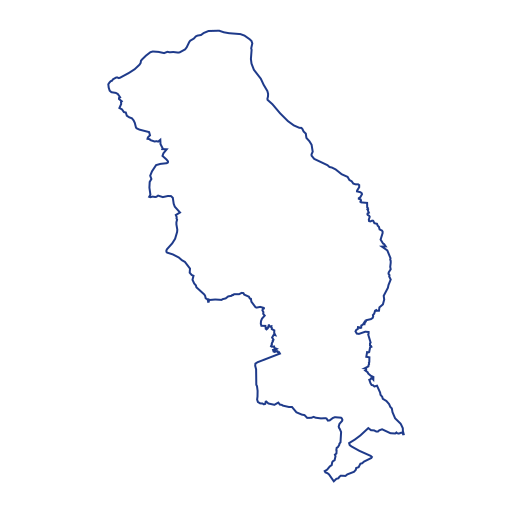 Salatrucel, Vâlcea, Romania
{"feature_id": "2599482B70636070547294", "entity_name": "Salatrucel", "entity_type": "district", "adm_level": 2, "iso_a3": "ROU", "parent_name": "Romania", "parent_adm1": "Vâlcea", "projection": "natural_earth1", "projection_center": [24.379, 45.274], "detail": "fine", "context": "isolated", "style": "outline", "palette": "blue", "viewbox_px": 512, "rotation_deg": 0, "n_neighbors": 0, "source": "geoboundaries", "source_scale": "gbopen_adm2", "svg_char_len": 6064}
<svg xmlns="http://www.w3.org/2000/svg" viewBox="0 0 512 512"><path d="M403.7,434.2L402.9,431.0L402.8,428.2L401.2,424.8L400.6,423.7L395.1,418.3L392.5,412.2L391.8,408.4L390.3,406.9L389.1,404.1L386.4,401.0L382.8,398.8L382.2,396.8L380.5,394.8L380.1,392.5L377.0,385.7L374.4,386.5L373.1,385.3L371.6,385.0L370.5,383.2L369.3,379.8L370.6,379.3L371.0,378.3L371.9,378.0L373.3,379.6L373.4,377.0L370.7,375.7L368.2,373.5L367.7,372.3L365.3,370.5L366.1,370.1L366.2,369.1L365.6,368.4L364.7,368.3L368.4,366.4L368.5,365.2L369.1,364.1L368.9,362.7L369.3,362.1L369.4,357.3L366.3,356.8L367.1,352.1L368.7,352.4L369.2,352.0L370.1,347.4L371.4,346.8L371.0,346.0L370.0,345.4L370.0,343.3L370.6,342.6L368.2,334.5L368.6,333.8L368.6,332.0L365.3,331.7L358.9,333.9L356.8,333.6L355.5,331.4L356.2,330.0L357.8,329.0L358.0,327.1L359.0,327.2L360.0,328.0L361.2,327.7L361.3,325.5L362.8,324.7L363.9,323.0L363.9,323.8L364.5,324.1L365.0,322.2L365.8,321.6L366.2,320.2L371.0,319.1L372.7,317.9L373.2,316.4L372.9,315.1L374.2,313.7L375.1,310.7L377.0,309.6L376.0,310.8L379.0,310.7L379.4,307.4L382.9,304.4L384.2,299.6L383.7,295.8L387.9,287.8L388.5,285.0L390.7,279.5L389.2,276.5L389.5,275.1L388.5,273.8L388.7,272.4L390.7,269.2L390.2,266.9L390.7,262.9L390.7,260.8L390.2,259.7L390.5,258.2L387.3,250.4L381.9,246.6L385.7,246.4L384.1,244.1L383.1,243.6L380.6,239.6L382.6,233.1L382.6,231.6L382.0,230.6L379.6,229.4L378.9,226.8L377.7,225.7L377.0,223.8L374.4,223.2L373.2,220.8L372.2,220.6L370.4,221.4L369.1,221.1L368.8,219.7L369.7,216.8L369.2,215.8L367.7,214.9L367.4,214.2L367.6,213.4L368.9,212.7L367.9,210.6L368.1,209.7L367.4,209.3L368.0,208.2L367.2,207.4L367.1,202.9L361.2,202.4L360.4,201.8L361.0,200.6L360.7,199.5L358.8,198.8L358.8,198.2L360.3,197.2L362.0,194.2L361.7,193.2L360.4,192.2L357.0,191.4L357.1,190.5L359.2,187.2L359.2,185.1L358.1,184.3L355.5,184.3L353.3,183.6L351.7,181.3L349.4,180.0L347.6,176.9L341.6,174.2L335.6,169.4L331.8,167.5L329.5,167.0L327.5,165.2L314.2,158.9L311.6,155.7L311.5,154.4L312.7,151.7L311.6,144.8L309.4,141.2L306.4,137.9L305.8,133.6L303.6,131.5L302.4,129.0L301.4,127.9L299.3,127.8L293.8,125.4L287.9,121.1L280.0,113.2L272.4,104.2L267.6,99.9L267.4,98.9L268.0,96.4L268.1,93.9L267.4,91.1L263.6,84.7L260.8,78.7L253.9,69.8L251.5,63.6L250.9,59.0L251.6,49.8L251.2,48.3L252.3,43.4L251.5,41.0L249.6,39.2L244.5,35.6L240.4,34.1L229.0,33.2L223.9,32.3L219.1,30.7L208.5,31.0L203.7,33.0L201.0,35.0L197.5,35.6L195.8,36.4L193.8,38.6L190.2,40.7L189.2,42.1L186.7,47.3L185.1,49.4L179.6,52.4L178.1,52.6L173.3,52.0L169.7,52.3L167.4,51.8L164.1,53.1L158.5,51.9L152.8,51.5L150.4,52.2L146.0,55.6L142.2,59.3L141.0,60.7L140.6,63.0L139.5,64.7L134.7,69.2L129.3,72.7L120.1,77.7L118.8,78.1L117.1,77.4L116.0,77.6L113.0,79.3L111.9,80.8L110.7,81.2L109.4,82.6L108.3,84.3L108.7,87.6L109.7,90.7L111.4,92.2L115.8,92.9L117.8,94.0L120.1,97.3L119.0,98.0L119.0,99.0L121.8,101.3L121.0,102.1L121.2,104.0L119.4,108.0L122.0,109.4L123.9,112.1L125.8,112.5L126.8,115.7L129.2,117.3L131.9,118.3L133.6,120.4L134.8,122.9L136.0,127.6L136.8,128.4L139.4,129.6L149.1,132.1L150.0,135.3L147.9,137.4L147.5,138.8L149.7,139.2L150.4,140.1L154.6,141.5L156.5,141.2L158.2,141.6L160.3,139.8L160.5,144.1L162.6,148.2L162.3,149.1L166.7,149.3L163.4,153.3L162.5,155.9L166.6,159.6L168.0,161.4L167.9,162.5L166.7,163.2L160.4,163.9L156.1,165.1L152.0,171.3L150.2,175.7L151.4,179.0L149.7,181.9L149.4,187.6L150.4,194.7L149.2,196.8L150.3,197.2L152.6,196.6L155.2,197.0L156.4,196.8L158.1,195.6L162.8,197.1L167.9,196.0L171.0,196.1L172.8,197.8L173.7,203.8L174.8,206.7L180.0,212.5L175.8,215.0L176.7,217.1L176.5,218.5L177.1,219.6L176.4,222.2L176.4,224.4L177.3,229.7L177.1,232.0L175.1,238.8L172.2,243.4L167.0,249.2L166.4,250.4L166.4,251.8L167.1,252.6L172.8,254.4L178.8,257.5L181.9,260.2L184.9,261.9L190.0,268.6L189.7,272.7L191.7,275.0L193.5,275.8L192.5,279.8L194.2,283.5L195.9,285.4L196.4,287.3L204.3,294.5L205.1,295.8L205.7,298.3L207.6,299.4L208.2,301.8L208.8,301.6L208.3,299.7L208.7,299.4L209.4,300.0L215.3,299.5L221.6,299.9L222.5,299.2L225.7,298.4L228.2,296.4L231.6,295.8L232.3,294.9L233.2,295.0L234.1,294.2L239.1,294.2L241.6,292.9L243.4,293.1L244.2,294.6L248.9,296.7L249.8,298.5L250.9,298.8L251.4,301.7L255.5,307.2L256.6,307.6L260.2,306.9L263.8,307.9L263.9,308.5L262.8,309.1L262.4,310.3L263.4,312.1L263.2,313.8L264.7,315.6L262.0,318.6L261.0,321.1L260.8,323.8L261.4,325.8L265.4,325.9L265.5,327.1L266.1,327.7L265.7,328.7L266.5,329.4L267.8,328.3L268.2,326.8L268.8,326.4L268.6,325.7L268.9,324.5L269.4,326.6L271.4,326.2L271.3,327.4L271.8,327.8L271.8,329.1L274.3,330.4L274.2,333.0L275.3,335.2L273.7,334.8L272.1,337.5L273.5,339.8L272.7,340.7L272.9,341.6L272.2,342.4L271.7,343.9L271.9,344.4L271.0,346.2L271.7,346.7L274.1,346.5L274.3,347.9L276.8,348.9L275.3,349.9L273.1,350.0L273.5,351.3L275.1,351.1L273.6,352.1L277.5,351.2L277.9,352.2L279.1,352.2L279.9,353.6L257.6,362.2L255.4,363.6L255.2,365.8L256.1,369.3L256.3,384.8L257.0,386.2L257.6,390.9L257.5,396.6L257.1,399.5L257.9,402.0L260.2,403.4L262.5,403.5L263.8,404.3L265.2,403.9L265.7,401.7L266.2,401.5L268.4,403.5L274.4,404.8L278.3,402.6L279.9,404.6L281.8,404.9L282.8,405.6L288.9,407.0L292.0,407.0L296.4,412.3L301.8,414.6L304.5,415.1L307.2,417.9L311.3,417.8L313.6,416.9L315.6,417.7L320.9,418.4L325.4,418.2L326.5,418.5L327.9,420.6L329.7,420.4L332.8,418.0L334.9,417.2L341.0,417.7L341.8,418.4L342.4,419.9L342.1,420.9L339.5,423.8L338.7,426.5L339.0,427.8L339.7,428.8L341.1,432.0L340.5,442.3L339.4,443.7L339.3,444.8L337.9,447.1L336.7,447.8L336.3,450.1L336.6,450.5L336.4,453.5L334.9,454.7L335.5,456.2L334.6,460.2L332.8,461.3L332.2,462.3L331.7,465.1L329.8,466.4L327.1,469.7L324.7,471.1L325.4,472.4L327.5,473.2L329.0,474.4L333.8,481.3L336.4,478.8L338.4,478.3L339.4,476.8L340.8,475.7L345.5,475.9L347.3,474.4L354.0,471.8L355.8,469.8L356.2,468.0L358.6,467.2L360.4,463.7L362.1,463.3L364.0,461.6L371.3,458.0L371.9,457.0L370.7,455.9L359.3,450.8L351.4,446.4L349.7,445.1L349.1,443.1L354.8,439.6L360.3,435.5L368.3,428.1L371.0,430.2L374.1,430.4L376.2,431.5L378.0,431.5L379.3,430.3L382.1,429.3L390.4,433.2L395.2,433.5L396.4,432.5L397.0,433.2L398.8,433.6L401.4,432.6L402.7,433.2L403.1,434.3L403.7,434.2Z" fill="none" stroke="#1e3a8a" stroke-width="2"/></svg>